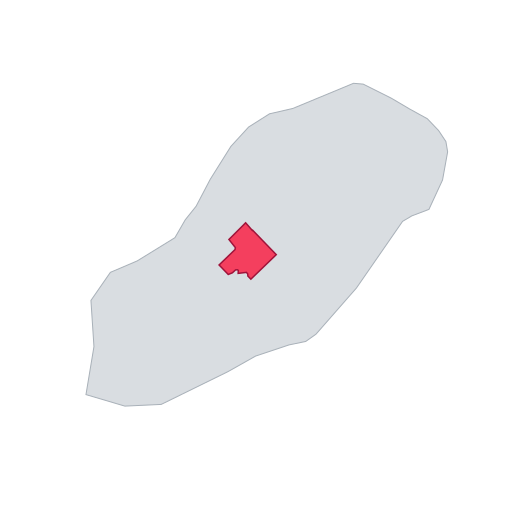 80, Ar Rayyān, Qatar (highlighted), rotated 226°
{"feature_id": "91078587B61034229486760", "entity_name": "80", "entity_type": "district", "adm_level": 2, "iso_a3": "QAT", "parent_name": "Qatar", "parent_adm1": "Ar Rayyān", "projection": "natural_earth1", "projection_center": [51.221, 25.39], "detail": "fine", "context": "in_parent", "style": "filled", "palette": "rose", "viewbox_px": 512, "rotation_deg": 226, "n_neighbors": 0, "source": "geoboundaries", "source_scale": "gbopen_adm2", "svg_char_len": 913}
<svg xmlns="http://www.w3.org/2000/svg" viewBox="0 0 512 512"><g transform="rotate(226 256 256)"><path d="M275.7,462.9L255.1,468.6L235.7,474.6L219.4,474.5L206.4,472.1L197.8,466.2L181.1,443.0L169.4,412.8L176.6,396.0L179.1,385.5L163.2,306.0L158.1,244.9L160.0,232.4L169.1,218.0L184.3,186.2L192.3,155.5L215.1,84.7L239.1,57.4L274.4,37.4L303.4,76.5L338.7,106.4L345.4,139.9L335.0,167.1L325.5,210.4L331.2,230.3L333.4,247.5L343.0,276.5L352.3,314.1L353.9,340.3L348.9,364.5L336.6,384.9L312.5,446.1L305.2,452.5L275.7,462.9Z" fill="#d9dde1" stroke="#a8b0b8" stroke-width="1"/><path d="M275.2,223.2L262.0,223.2L260.3,227.3L260.2,231.7L258.8,233.2L257.9,233.2L255.9,231.1L250.9,237.7L248.9,237.6L247.2,236.2L242.9,236.2L242.9,257.6L242.9,271.5L272.5,271.5L276.9,271.5L276.9,271.1L287.1,271.6L286.9,260.7L286.7,248.0L276.4,247.0L275.2,245.4L275.2,227.9L275.2,223.2Z" fill="#f43f5e" stroke="#9f1239" stroke-width="1.5"/></g></svg>